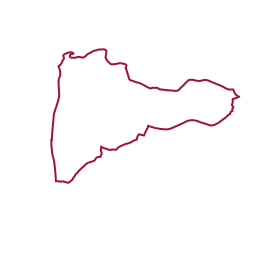 Tandahimba, Mtwara, United Republic of Tanzania, rotated 114°
{"feature_id": "72390352B76468761426294", "entity_name": "Tandahimba", "entity_type": "district", "adm_level": 2, "iso_a3": "TZA", "parent_name": "United Republic of Tanzania", "parent_adm1": "Mtwara", "projection": "mercator", "projection_center": [39.541, -10.663], "detail": "fine", "context": "isolated", "style": "outline", "palette": "rose", "viewbox_px": 256, "rotation_deg": 114, "n_neighbors": 0, "source": "geoboundaries", "source_scale": "gbopen_adm2", "svg_char_len": 5656}
<svg xmlns="http://www.w3.org/2000/svg" viewBox="0 0 256 256"><g transform="rotate(114 128 128)"><path d="M54.5,39.4L54.3,39.4L54.4,39.8L54.3,40.4L53.7,42.8L53.4,43.6L53.0,44.4L52.3,45.2L51.5,46.1L51.1,46.4L50.1,47.3L50.2,48.2L50.4,48.5L50.9,49.3L51.7,51.4L51.9,51.9L52.0,52.6L52.0,54.7L51.9,56.1L51.8,57.4L51.6,58.6L51.6,59.6L51.6,61.0L51.8,66.6L52.0,69.5L51.9,72.9L52.2,75.3L52.5,76.6L52.9,77.6L54.0,79.1L55.8,81.4L56.0,81.7L56.1,82.0L56.4,83.1L56.7,84.0L56.9,84.8L57.4,86.4L57.4,87.1L57.6,88.5L58.6,90.6L59.1,91.6L59.5,92.1L61.2,92.8L62.7,93.5L63.9,93.9L65.5,94.4L66.0,94.6L67.2,94.9L68.0,95.4L69.9,96.2L70.5,96.5L72.2,96.9L72.7,97.1L73.1,97.6L73.7,98.0L74.1,98.4L74.6,99.2L74.7,99.8L75.1,100.4L75.6,102.1L76.1,103.8L77.0,105.9L77.3,106.7L77.8,108.5L78.0,109.1L78.5,110.7L78.8,111.9L79.0,112.6L79.2,113.1L79.3,113.5L79.7,113.9L79.7,114.2L79.8,114.9L79.7,115.6L79.6,116.2L79.4,117.3L79.5,118.0L79.8,118.5L80.0,119.1L80.4,119.6L80.6,120.0L80.6,120.5L81.1,121.8L81.5,122.3L82.6,123.2L82.7,123.6L82.7,124.5L82.7,125.2L82.7,125.7L82.9,126.3L82.9,126.6L82.6,128.3L82.5,130.0L82.4,130.8L82.4,132.0L82.2,134.0L82.2,135.2L82.4,136.1L82.5,137.7L82.7,138.5L82.8,139.1L82.9,140.3L82.9,141.2L83.2,143.7L83.3,144.4L83.2,145.6L83.1,146.4L82.4,147.2L80.7,148.6L79.6,149.5L78.7,150.4L77.6,151.3L76.7,152.0L76.2,152.5L75.3,153.2L75.0,153.6L74.6,154.3L74.3,154.5L74.0,154.6L73.0,154.5L71.7,154.7L71.4,154.9L71.2,155.3L71.0,155.7L70.8,156.1L71.3,159.2L71.7,160.5L72.1,161.6L72.5,162.6L73.1,163.5L73.9,164.2L74.1,164.6L74.5,165.2L75.1,166.4L75.5,167.2L75.9,167.6L76.3,168.3L76.5,168.9L76.6,169.9L76.5,170.4L75.8,172.0L75.6,172.6L75.4,173.0L75.3,173.9L74.9,174.6L73.8,175.8L73.5,176.4L72.8,177.1L72.5,177.3L71.0,177.7L68.6,178.3L67.2,178.7L66.8,178.8L66.4,179.1L66.1,179.4L65.8,180.1L65.8,181.0L65.9,182.1L66.9,183.9L67.3,184.8L68.0,186.3L68.5,187.0L70.4,189.2L70.9,190.0L71.6,190.7L72.4,191.4L75.1,193.4L77.0,195.0L77.6,195.3L78.8,195.7L80.1,196.3L81.2,196.9L81.7,197.4L81.9,197.7L82.2,198.2L82.3,198.8L82.6,200.3L82.9,201.2L83.1,201.9L83.3,202.4L83.7,203.1L84.3,203.6L85.1,204.6L86.1,206.6L86.7,207.9L86.8,208.9L86.8,209.5L86.8,209.9L86.6,210.1L86.2,210.3L85.7,210.5L85.2,210.5L84.7,210.5L84.4,210.4L83.5,209.6L83.2,209.3L83.1,209.0L82.8,208.6L82.4,208.2L82.0,208.2L81.8,208.5L81.7,208.9L81.8,209.7L82.0,210.6L82.3,211.6L82.6,212.2L83.1,212.7L84.0,213.8L85.2,215.0L85.8,215.5L86.8,216.2L87.2,216.5L87.7,216.6L88.0,216.6L88.3,216.5L89.2,215.8L89.6,215.3L90.1,215.0L90.9,214.9L91.5,214.8L92.0,214.9L92.3,215.1L92.6,215.1L93.2,215.2L93.7,215.1L94.7,215.0L95.5,215.1L96.8,215.3L97.7,215.5L98.2,215.7L98.6,216.0L99.8,216.6L100.6,215.8L101.8,214.7L103.2,213.5L104.3,212.8L105.3,212.3L106.7,211.6L107.6,211.4L108.3,211.3L110.0,211.2L111.1,211.1L112.6,210.8L113.7,210.4L115.0,209.8L118.6,208.0L125.1,204.6L126.4,204.0L127.6,203.6L128.7,203.4L129.3,203.3L130.4,203.2L131.9,202.9L134.0,202.6L143.7,201.6L145.2,201.3L146.4,201.0L147.1,200.8L150.5,199.6L160.6,196.2L169.9,192.8L170.0,193.2L171.3,192.6L174.7,191.1L177.9,189.2L179.3,188.4L180.4,188.0L181.4,187.3L181.9,186.9L182.9,186.3L184.7,185.0L186.4,183.5L187.0,183.0L188.3,182.1L189.3,181.4L193.5,179.0L197.0,176.9L205.9,172.2L205.6,171.6L205.3,170.5L204.9,169.5L204.5,167.8L204.2,167.2L203.9,166.9L203.5,166.5L203.5,166.2L203.2,165.7L203.2,165.4L202.9,164.0L202.9,163.3L202.7,162.3L202.6,161.4L202.5,161.0L202.3,160.4L202.0,160.0L201.8,159.8L200.9,159.3L200.5,159.2L199.4,158.7L198.7,158.3L197.7,157.9L197.1,157.7L195.3,157.6L194.8,157.5L194.4,157.2L194.0,157.1L193.3,157.2L192.6,157.2L191.9,157.0L190.5,156.5L189.0,155.8L188.1,155.7L186.9,155.4L185.8,154.9L184.7,154.5L183.5,154.0L182.1,153.3L181.0,152.8L179.8,152.4L179.0,152.1L177.7,151.5L177.2,151.1L176.3,150.6L175.9,150.2L175.3,149.5L174.8,149.0L173.4,147.4L172.7,146.6L171.5,145.5L171.1,145.4L170.8,145.2L170.2,145.1L169.8,145.2L169.0,145.0L168.5,144.9L168.0,144.7L167.4,144.3L166.7,143.7L166.3,143.1L166.0,142.5L165.8,141.8L165.6,141.4L165.3,141.4L164.5,141.5L163.4,141.6L162.5,141.6L161.8,141.8L161.3,142.0L160.9,142.4L160.2,143.0L159.9,143.5L159.6,143.8L159.2,143.8L158.5,144.0L157.6,144.4L156.0,144.8L156.2,143.5L156.2,142.6L156.1,141.6L156.0,141.0L156.0,140.2L155.9,139.5L155.8,138.8L155.7,137.8L155.7,137.0L155.5,136.0L155.2,135.2L154.7,134.6L153.9,133.3L153.6,132.7L152.9,130.3L152.7,130.1L152.1,129.8L150.6,129.3L149.8,129.0L149.3,128.7L148.9,128.4L147.8,127.6L146.0,126.0L145.2,125.2L144.2,124.4L141.2,120.7L140.1,119.8L139.4,119.3L137.6,118.0L136.0,116.3L135.0,115.5L134.9,115.3L134.3,115.5L133.1,115.7L132.2,115.8L131.0,115.8L129.8,115.6L129.3,115.5L129.2,115.2L129.1,114.2L128.7,112.2L128.4,110.4L128.2,110.4L127.3,110.4L125.9,110.4L121.3,110.3L120.3,110.1L119.6,110.2L118.9,110.3L118.3,110.5L117.8,110.5L117.8,110.0L117.7,109.1L117.7,108.3L117.4,107.0L117.1,104.2L116.8,102.6L116.4,100.8L116.0,99.5L115.4,97.2L114.9,95.8L114.3,93.8L114.0,93.2L113.3,91.6L113.0,91.2L112.7,90.8L111.4,89.1L109.8,87.5L102.6,81.0L101.1,79.6L99.6,78.6L98.3,77.5L96.8,75.9L96.0,74.7L95.4,73.8L94.8,72.8L94.1,70.8L93.8,69.5L93.4,67.1L93.5,67.1L93.4,66.2L93.3,64.8L93.0,61.3L92.7,59.4L92.6,58.6L92.5,57.9L92.5,57.6L92.4,56.1L92.3,54.9L92.0,53.7L91.6,52.4L90.2,50.5L89.0,49.5L87.7,48.4L87.4,48.1L86.7,47.5L85.7,47.0L81.9,44.9L80.4,44.0L78.7,43.1L76.5,42.1L75.2,41.6L74.3,41.0L73.6,40.5L73.3,40.4L73.1,40.5L72.8,40.6L72.3,40.8L71.8,40.8L71.4,40.6L70.1,39.7L69.8,39.5L69.4,39.6L69.0,40.1L68.6,40.4L68.0,40.5L67.4,40.4L66.6,40.2L66.3,40.3L66.0,40.4L65.6,40.7L65.4,41.2L65.2,41.6L65.2,42.0L64.3,42.6L64.1,42.6L63.7,42.6L62.9,42.6L62.5,42.7L61.9,42.9L60.6,43.3L59.9,43.7L59.4,44.1L58.7,44.0L57.3,42.1L56.4,41.2L54.6,39.6L54.5,39.4Z" fill="none" stroke="#9f1239" stroke-width="2"/></g></svg>